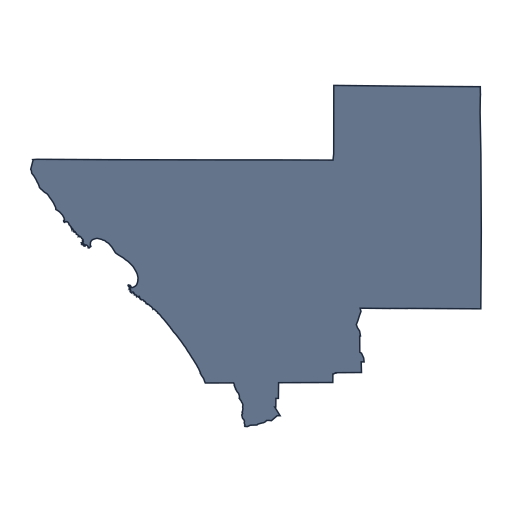 outline of Wattle Range, South Australia, Australia
{"feature_id": "25037944B1081142143908", "entity_name": "Wattle Range", "entity_type": "district", "adm_level": 2, "iso_a3": "AUS", "parent_name": "Australia", "parent_adm1": "South Australia", "projection": "mercator", "projection_center": [140.154, -37.508], "detail": "fine", "context": "isolated", "style": "filled", "palette": "slate", "viewbox_px": 512, "rotation_deg": 0, "n_neighbors": 0, "source": "geoboundaries", "source_scale": "gbopen_adm2", "svg_char_len": 5720}
<svg xmlns="http://www.w3.org/2000/svg" viewBox="0 0 512 512"><path d="M481.3,232.0L480.9,154.1L480.1,112.4L480.3,97.5L480.5,94.1L480.4,94.0L480.3,86.7L480.2,86.7L407.7,86.2L333.8,85.4L333.7,153.8L333.0,160.1L277.8,159.9L223.8,159.9L110.9,159.7L36.8,159.3L32.8,159.6L33.1,160.0L30.7,169.3L31.4,170.7L31.7,173.0L32.0,173.6L33.8,175.8L36.2,179.8L36.4,180.4L37.1,181.8L37.3,182.4L37.9,183.1L38.4,184.3L39.1,186.0L39.3,187.1L39.7,187.8L40.7,188.7L41.2,189.4L42.0,189.8L43.5,191.4L44.9,192.5L46.8,193.6L47.7,194.5L48.8,196.0L49.5,197.3L51.3,199.6L53.5,202.9L54.5,205.1L55.5,207.1L55.8,208.4L55.7,209.1L55.9,209.5L56.2,209.8L57.2,210.2L59.6,211.9L62.6,215.2L63.3,216.6L63.9,217.5L64.4,219.5L64.4,219.9L64.1,220.0L63.9,220.3L64.0,220.4L64.0,220.7L63.6,220.9L63.7,221.2L64.1,221.0L64.3,221.3L64.2,221.5L63.7,221.4L63.7,221.6L64.5,221.8L64.3,222.2L64.4,222.4L64.6,222.4L64.6,222.0L64.9,221.9L64.9,221.7L65.9,221.8L66.0,221.6L66.6,221.6L66.7,221.8L67.1,221.7L68.1,222.4L69.0,223.8L69.0,224.0L68.9,224.2L69.1,224.8L69.8,225.2L70.1,225.8L71.0,226.7L71.3,227.4L71.1,227.7L71.3,227.9L71.4,228.1L71.8,228.1L72.2,228.4L72.1,228.7L71.7,228.9L71.8,229.3L71.9,229.0L72.3,229.1L72.5,228.9L72.9,229.2L72.9,229.4L72.7,229.5L72.8,229.7L73.5,230.3L73.4,230.6L73.6,230.6L73.8,230.9L73.8,231.0L73.5,230.9L73.5,231.1L73.8,231.2L74.1,231.3L73.9,231.4L73.8,231.5L74.3,231.6L74.3,231.8L74.5,231.7L74.6,231.9L74.8,231.8L75.0,231.9L75.3,232.2L75.3,232.5L76.0,232.9L76.5,233.8L76.4,234.3L77.6,234.7L78.1,235.1L78.4,235.9L78.3,236.1L78.3,236.5L78.7,236.2L79.2,236.5L79.2,236.3L79.3,236.2L79.5,236.4L80.1,236.4L80.4,236.6L81.4,237.7L81.7,238.4L83.0,239.5L83.0,239.8L82.8,240.1L83.0,240.1L83.0,240.5L83.1,240.9L83.3,241.0L83.4,241.3L82.9,241.9L82.6,241.9L82.5,241.7L82.4,241.9L83.0,242.1L83.1,242.7L82.8,243.1L82.6,242.9L82.2,243.1L82.1,242.8L81.7,242.8L81.9,243.0L81.6,243.4L81.8,243.7L81.5,244.1L81.7,244.3L81.8,243.9L82.6,244.1L82.3,243.7L82.8,243.4L83.2,243.4L83.8,243.9L84.3,244.6L84.3,244.9L84.2,244.9L83.9,244.7L83.8,244.1L83.6,243.8L83.2,243.6L83.5,244.0L83.7,244.5L83.2,244.6L83.3,244.9L83.1,245.0L82.8,245.5L83.5,245.0L84.0,245.2L84.1,245.5L84.0,245.8L84.3,245.8L84.4,246.1L84.7,246.0L84.6,245.8L84.9,245.6L84.7,245.3L84.8,245.1L85.4,245.0L85.5,245.3L85.7,244.9L86.4,245.0L87.5,245.8L88.2,246.9L88.3,247.4L88.9,247.8L88.7,247.9L89.0,248.0L89.4,247.4L90.9,246.5L90.9,246.1L90.4,245.6L90.3,244.7L90.4,243.9L90.5,242.4L90.9,241.5L91.5,240.6L92.5,239.7L94.6,238.9L96.6,238.4L97.5,238.4L101.7,239.4L102.9,240.1L104.7,240.5L106.5,242.1L107.4,242.5L108.8,243.5L111.9,247.1L115.3,252.6L115.9,253.2L119.0,255.3L123.4,257.9L125.7,259.9L127.8,261.2L130.3,263.6L132.8,266.2L133.6,267.3L136.3,272.0L137.2,274.0L138.0,277.5L138.0,278.9L137.8,279.8L137.9,280.4L137.5,282.4L136.6,284.8L135.5,286.0L133.6,287.1L132.5,287.5L131.7,287.6L130.9,286.6L130.7,286.0L130.4,285.9L130.3,285.6L130.0,285.6L129.8,285.2L129.3,285.3L128.6,284.9L128.3,285.0L128.4,285.4L128.2,285.6L128.5,285.8L128.3,286.0L128.9,286.8L129.5,287.0L129.3,287.9L129.9,287.7L130.0,288.0L129.8,288.1L129.9,288.3L130.1,288.2L129.8,288.8L130.1,289.1L129.7,289.4L130.4,289.4L130.4,289.7L130.2,290.0L130.6,290.3L130.4,290.5L130.5,290.6L130.2,291.0L130.4,291.1L130.3,291.8L130.7,292.0L130.8,292.3L131.3,292.7L131.4,292.2L132.9,292.0L133.2,292.3L133.2,292.7L133.5,292.4L133.7,292.6L133.6,293.2L133.9,293.2L133.9,293.6L134.5,294.0L134.4,294.3L134.4,294.9L135.8,294.9L136.4,295.3L136.3,295.7L136.5,296.5L136.8,296.1L137.5,296.6L138.2,296.6L138.4,297.0L139.1,296.3L139.5,296.9L139.4,297.3L139.7,297.7L139.7,298.1L139.9,298.4L140.2,298.5L140.1,298.9L140.3,299.2L141.0,299.3L141.3,299.9L142.2,299.7L143.4,300.1L143.7,300.4L143.8,301.0L144.3,301.4L144.9,301.4L145.3,301.8L145.9,302.9L146.0,303.4L146.1,303.6L146.6,303.5L146.8,303.8L147.3,303.8L147.4,304.3L147.6,304.4L147.9,304.2L148.5,304.4L149.5,305.3L149.9,305.8L151.3,306.6L152.5,308.1L152.8,308.6L152.9,309.1L153.0,309.0L153.9,309.0L154.3,309.4L155.1,309.9L155.8,310.6L156.3,311.3L157.2,311.8L157.9,312.9L157.8,313.1L158.1,313.2L159.7,314.5L161.0,316.1L161.8,317.3L163.7,319.2L166.1,322.2L167.2,323.4L167.3,323.7L170.2,327.2L171.1,328.7L171.5,328.9L172.3,330.2L173.6,332.0L175.7,334.2L178.2,337.4L179.2,338.8L181.0,341.1L184.3,345.9L185.4,347.2L187.8,351.3L189.7,353.9L190.1,354.8L191.1,356.2L191.4,356.9L193.2,359.5L195.2,362.8L196.7,365.1L197.5,366.8L198.4,368.2L199.9,371.5L200.1,372.1L200.4,372.5L200.2,373.0L200.3,373.5L201.0,374.3L201.3,375.2L203.1,377.7L203.5,378.3L203.5,378.7L203.9,379.1L204.4,380.9L205.3,383.0L233.6,382.9L234.4,384.7L234.4,385.0L234.2,385.3L234.5,385.7L234.6,386.6L234.8,387.0L235.1,387.3L235.2,387.9L235.7,388.6L235.5,389.0L235.8,389.3L236.4,390.5L237.3,392.0L238.5,393.3L238.9,394.4L239.3,395.6L239.4,396.9L239.3,397.6L239.4,397.9L239.3,398.2L239.5,398.2L239.8,399.2L240.1,399.4L240.3,399.9L240.6,400.1L241.2,401.0L241.4,401.8L242.2,402.9L242.8,404.3L242.9,405.2L242.6,407.0L242.9,408.5L242.5,411.3L242.4,411.7L242.1,411.9L242.1,412.8L242.4,412.9L242.6,413.5L242.3,414.1L241.8,414.7L241.8,415.3L242.2,416.8L242.3,417.5L242.7,418.6L243.7,419.4L244.5,421.2L244.4,421.9L244.2,422.8L244.6,424.1L244.9,424.8L244.9,425.6L244.6,425.9L244.8,426.4L247.4,426.6L250.4,425.2L257.0,425.0L258.0,424.1L261.9,423.0L263.6,422.7L265.6,421.6L266.5,420.5L268.9,420.4L271.4,420.7L277.2,415.7L280.1,415.7L274.7,407.0L275.8,407.0L275.9,398.4L278.4,398.4L278.6,382.7L332.8,382.5L332.9,374.0L333.8,373.9L335.0,373.1L335.8,373.2L335.8,372.7L361.5,372.5L361.2,361.9L364.1,361.9L363.7,358.0L361.5,353.2L359.8,352.2L359.7,336.1L360.5,336.0L359.6,331.0L357.5,327.8L356.3,324.6L357.9,320.6L359.4,315.7L361.0,311.4L360.1,308.2L390.5,308.5L390.6,308.4L407.3,308.5L407.3,308.4L480.8,308.8L481.3,232.0Z" fill="#64748b" stroke="#1e293b" stroke-width="1.5"/></svg>